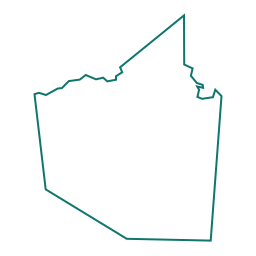 outline of Walker, Texas, United States of America
{"feature_id": "52423323B95540408919203", "entity_name": "Walker", "entity_type": "district", "adm_level": 2, "iso_a3": "USA", "parent_name": "United States of America", "parent_adm1": "Texas", "projection": "albers", "projection_center": [-95.561, 30.781], "detail": "fine", "context": "isolated", "style": "outline", "palette": "teal", "viewbox_px": 256, "rotation_deg": 0, "n_neighbors": 0, "source": "geoboundaries", "source_scale": "gbopen_adm2", "svg_char_len": 483}
<svg xmlns="http://www.w3.org/2000/svg" viewBox="0 0 256 256"><path d="M184.0,15.4L120.1,67.3L122.2,72.3L116.0,76.2L116.0,79.7L107.3,81.4L103.2,77.7L96.0,79.3L85.7,75.0L79.8,79.6L68.8,81.1L61.9,88.1L57.8,88.5L46.0,95.0L38.9,92.8L34.5,94.2L45.7,189.4L126.7,238.8L210.7,240.6L221.5,96.1L215.3,89.7L212.9,97.2L202.1,98.8L197.4,96.9L199.1,89.8L197.2,86.5L203.1,87.8L202.7,84.9L196.8,83.0L190.9,75.8L192.6,68.4L184.2,64.5L184.0,15.4Z" fill="none" stroke="#0f766e" stroke-width="2"/></svg>